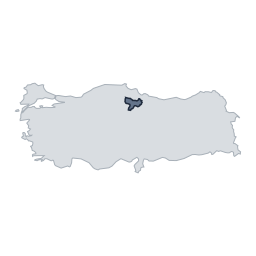 Amasya on a map of Turkey (Robinson projection)
{"feature_id": "TUR-2290", "entity_name": "Amasya", "entity_type": "Province", "adm_level": 1, "iso_a3": "TUR", "parent_name": "Turkey", "parent_adm1": "", "projection": "robinson", "projection_center": [35.812, 40.638], "detail": "fine", "context": "in_parent", "style": "filled", "palette": "slate", "viewbox_px": 256, "rotation_deg": 0, "n_neighbors": 0, "source": "natural_earth", "source_scale": "10m", "svg_char_len": 4498}
<svg xmlns="http://www.w3.org/2000/svg" viewBox="0 0 256 256"><path d="M200.3,91.4L204.0,92.6L205.1,91.7L208.5,91.8L211.4,92.5L213.0,90.5L215.1,90.7L215.6,91.8L216.6,92.1L219.7,94.7L219.4,95.0L220.1,95.9L222.8,96.6L223.1,97.8L225.2,99.8L226.4,102.8L225.8,104.8L224.7,106.1L226.5,110.6L226.1,111.2L229.3,112.7L233.4,112.4L234.7,113.1L238.7,116.6L239.8,118.0L237.0,116.3L235.5,117.8L234.9,121.3L230.6,121.9L231.3,124.2L232.5,125.3L232.2,127.4L232.5,128.3L233.7,129.7L233.6,131.6L234.2,133.7L234.3,136.1L236.1,136.9L235.3,138.0L233.4,143.0L233.6,143.4L234.9,143.5L238.0,145.8L237.5,146.6L238.0,149.8L240.6,151.9L240.3,152.9L240.4,154.0L238.5,153.5L234.7,156.3L234.3,156.3L233.7,155.3L233.5,152.4L232.6,151.7L231.4,151.5L229.3,152.8L227.4,152.8L225.5,152.5L220.4,150.8L218.6,151.4L216.7,150.7L213.0,154.2L211.8,154.5L211.2,152.7L209.9,151.8L208.2,153.1L201.8,154.7L198.8,155.0L195.2,154.5L192.2,154.6L184.1,158.5L176.3,160.6L169.2,160.4L165.4,158.0L162.4,157.4L153.4,161.1L149.0,161.0L147.5,159.5L144.2,158.9L143.4,160.3L142.7,163.8L143.9,167.0L142.0,167.2L140.8,167.9L140.5,170.3L138.8,171.3L138.2,172.8L137.9,172.8L135.1,171.6L135.8,170.4L134.1,165.9L134.9,164.5L138.6,160.9L138.5,158.8L136.9,157.3L132.3,160.0L131.9,161.0L130.8,161.8L129.1,162.1L120.9,158.7L116.1,161.7L112.0,166.1L108.9,167.8L99.7,169.0L98.1,169.9L95.0,168.9L93.2,167.7L89.0,162.7L81.1,158.9L72.7,158.0L71.9,158.9L71.6,162.8L70.2,166.5L69.5,166.9L67.6,166.0L61.1,168.1L55.6,165.7L54.7,164.7L53.5,160.4L52.7,160.1L51.8,160.7L50.9,160.7L47.0,158.8L44.9,158.7L43.5,160.5L41.4,161.3L41.4,160.8L42.2,159.6L38.9,159.8L37.1,160.7L34.7,160.2L34.9,159.7L36.8,159.1L41.3,158.4L44.2,155.6L33.6,155.7L32.6,156.4L32.4,154.9L33.1,154.2L35.9,153.7L35.7,152.5L34.1,151.1L32.2,150.4L31.5,147.4L30.6,146.6L30.7,146.2L32.4,145.6L32.9,143.4L32.7,142.0L29.3,140.8L28.5,140.9L27.7,139.7L26.3,138.8L25.1,139.5L21.7,137.7L22.3,136.4L23.2,136.4L23.4,135.4L22.8,133.6L22.9,132.7L23.6,132.5L24.5,132.7L25.3,133.7L25.3,135.7L26.2,136.9L26.9,135.7L28.5,136.3L31.3,135.7L31.8,135.2L29.8,135.3L29.0,134.8L27.5,131.5L29.2,130.6L30.5,129.0L28.2,127.9L28.7,125.7L26.8,123.1L29.6,119.9L29.5,119.5L28.6,119.3L20.2,120.6L20.1,119.2L20.8,117.9L20.8,114.8L21.3,113.1L22.8,112.6L24.8,110.2L28.0,107.3L31.2,107.4L32.5,106.6L34.4,106.5L35.0,107.6L36.6,108.4L39.6,108.3L41.0,107.6L39.7,106.1L41.4,105.7L42.7,106.0L41.9,107.6L42.3,107.7L46.2,107.3L50.1,107.6L54.6,107.4L55.1,107.0L52.1,105.4L54.1,104.0L55.2,103.8L64.5,102.5L64.5,102.2L58.9,101.5L56.0,99.7L55.3,98.7L55.9,96.2L56.6,95.6L58.6,95.5L65.5,96.6L70.5,96.0L75.9,97.6L81.0,97.2L82.1,96.5L83.5,94.2L90.8,90.4L93.4,88.4L104.8,84.5L121.8,85.2L124.8,83.6L126.5,84.1L126.0,85.1L126.1,86.1L128.1,88.4L131.2,89.7L135.4,88.6L136.9,89.1L138.4,92.7L141.0,94.9L142.2,95.0L143.8,93.7L145.3,93.6L147.8,94.8L148.7,96.1L156.9,97.6L158.5,98.7L164.0,99.8L176.2,97.3L180.7,99.0L184.4,99.6L186.0,99.3L190.9,97.2L192.4,96.1L195.4,95.0L199.2,92.7L200.3,91.4ZM43.7,85.0L43.4,86.6L44.0,88.4L45.7,90.9L47.3,92.1L55.5,95.5L54.2,98.6L52.2,99.1L45.1,97.6L42.2,98.9L40.1,98.6L37.2,99.1L36.4,101.0L34.3,103.2L28.5,105.9L23.1,111.2L21.6,111.9L22.3,110.1L22.3,108.5L24.7,106.7L27.9,105.3L28.8,104.1L20.8,104.3L20.1,102.7L20.9,102.3L23.6,99.4L23.9,98.2L23.8,95.4L27.0,93.7L27.3,93.0L26.9,90.2L24.0,88.6L24.1,87.8L26.2,87.0L27.5,85.0L30.7,84.7L32.2,83.7L34.9,83.2L38.2,85.7L42.2,84.7L43.7,85.0ZM18.9,111.1L16.2,111.5L15.4,111.1L16.2,110.2L18.3,109.6L19.0,110.5L18.9,111.1Z" fill="#d9dde1" stroke="#a8b0b8" stroke-width="1"/><path d="M125.7,97.5L129.3,98.5L130.0,98.3L130.4,98.6L132.1,99.7L132.5,100.4L132.9,100.5L133.8,100.4L134.2,100.5L135.7,100.5L136.7,100.9L137.2,100.8L137.6,100.5L138.1,100.2L138.5,99.6L138.7,98.9L139.1,98.7L139.5,98.8L139.9,99.1L140.0,99.5L140.2,99.8L141.5,100.6L141.1,100.8L141.2,101.0L141.2,101.4L141.4,101.6L141.6,101.7L141.8,101.8L142.1,102.4L141.7,102.9L141.5,103.4L141.5,103.9L140.9,104.6L140.0,104.8L139.9,105.5L139.7,105.6L139.6,105.8L138.6,106.4L137.9,106.7L137.7,106.7L137.2,106.4L136.7,106.2L136.4,106.0L135.4,105.7L134.5,105.8L134.2,106.1L133.6,107.2L133.3,107.8L133.0,108.2L132.6,108.6L132.2,108.7L132.0,108.8L131.4,109.0L131.0,109.4L130.6,110.3L130.0,110.1L129.4,110.2L128.9,110.1L128.6,110.0L128.5,109.7L128.4,109.7L128.6,108.7L128.6,108.3L128.7,108.0L129.7,106.6L130.0,105.5L130.0,105.0L129.7,104.3L129.1,104.2L128.2,103.7L126.3,103.4L125.9,103.2L125.6,102.7L125.1,101.7L125.0,101.4L125.2,100.4L125.2,99.0L125.4,98.6L125.6,98.3L125.8,97.9L125.7,97.5Z" fill="#64748b" stroke="#1e293b" stroke-width="1.5"/></svg>